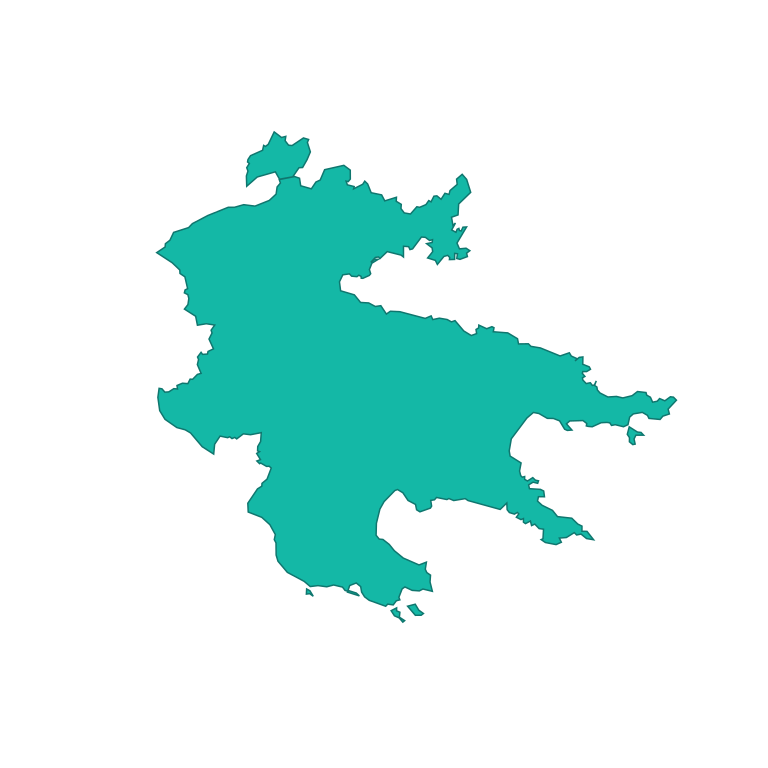 Peloponnisoy, Peloponnisos, Greece (Equal Earth projection), rotated 306°
{"feature_id": "26713481B43531359458460", "entity_name": "Peloponnisoy", "entity_type": "district", "adm_level": 2, "iso_a3": "GRC", "parent_name": "Greece", "parent_adm1": "Peloponnisos", "projection": "equal_earth", "projection_center": [22.613, 37.264], "detail": "fine", "context": "isolated", "style": "filled", "palette": "teal", "viewbox_px": 768, "rotation_deg": 306, "n_neighbors": 0, "source": "geoboundaries", "source_scale": "gbopen_adm2", "svg_char_len": 6177}
<svg xmlns="http://www.w3.org/2000/svg" viewBox="0 0 768 768"><g transform="rotate(306 384 384)"><path d="M200.6,349.4L204.3,363.5L203.1,374.4L198.3,384.6L193.6,386.7L192.0,390.0L182.2,397.3L178.3,402.4L174.8,416.5L177.4,435.4L176.8,443.4L182.1,449.1L186.3,456.9L191.8,461.4L195.3,469.8L194.1,473.8L195.0,476.5L200.8,474.7L206.7,478.5L206.4,484.2L202.5,488.2L200.4,493.4L200.3,499.2L205.2,516.0L208.1,516.4L210.7,521.3L215.9,521.4L218.7,523.7L220.2,521.4L228.9,519.1L232.1,520.2L233.6,528.1L237.4,534.2L241.0,536.0L244.7,545.0L250.9,537.6L256.7,534.0L256.6,529.5L258.4,526.3L264.8,523.0L258.2,518.7L254.5,501.9L255.2,490.3L257.3,482.5L257.6,474.5L255.7,471.3L257.0,466.5L266.9,459.7L280.4,454.2L288.9,453.2L304.2,455.4L306.6,457.0L307.1,463.2L303.9,471.9L305.1,480.3L301.4,484.3L301.7,488.2L310.9,494.5L313.2,494.3L317.3,490.2L320.0,492.9L323.1,493.2L327.5,502.8L329.5,503.8L330.7,508.9L339.0,517.1L339.1,520.5L350.8,551.7L359.9,553.3L354.7,557.5L353.7,561.0L355.4,566.0L358.5,567.4L358.1,569.4L354.0,569.4L354.8,574.5L357.1,575.9L354.2,578.0L354.2,580.5L359.2,583.0L356.2,586.6L359.3,588.4L358.2,594.5L360.3,598.4L352.2,603.6L350.5,602.6L350.6,607.7L355.2,617.6L360.2,620.5L362.4,616.4L367.0,621.8L375.6,625.3L375.1,628.6L378.4,631.6L378.0,638.7L381.2,645.1L384.1,634.8L381.2,630.7L385.4,627.7L384.6,623.1L385.8,614.8L378.7,602.3L380.8,594.6L378.8,583.2L379.5,577.0L383.6,575.2L387.1,580.1L391.3,576.1L390.7,572.5L384.8,563.2L387.4,560.3L392.2,562.3L394.0,566.7L396.5,565.9L395.2,563.0L395.7,559.4L389.9,557.1L389.5,553.8L391.8,552.2L389.9,550.7L390.2,548.5L393.3,544.8L400.7,541.3L399.8,528.4L403.5,524.6L414.5,519.2L440.5,519.6L448.8,521.6L451.2,526.7L452.2,536.3L455.7,541.3L457.4,547.7L453.6,556.7L454.2,559.6L457.2,563.1L459.0,555.0L463.3,556.0L471.4,566.5L471.2,571.3L469.0,572.3L469.7,574.1L471.8,577.6L480.3,582.4L484.0,587.0L485.3,589.5L484.2,592.4L487.0,595.0L490.2,602.9L494.5,605.3L501.6,602.2L506.4,603.3L512.9,609.7L513.5,615.6L511.9,618.6L517.6,628.2L521.9,628.5L527.5,632.5L530.7,628.6L542.8,630.1L543.5,625.9L542.0,623.2L535.5,621.1L534.2,615.5L530.7,615.2L527.2,612.0L529.9,607.3L529.4,603.1L531.1,601.0L526.9,593.5L520.4,591.6L513.1,585.4L510.6,579.4L505.1,572.8L503.7,564.0L504.6,560.1L506.7,558.0L506.6,555.2L511.3,553.9L506.9,554.8L505.3,553.4L506.3,550.2L503.2,547.3L504.1,542.5L505.7,540.9L508.2,542.1L509.2,538.2L510.9,537.5L513.1,540.6L517.3,542.4L518.5,540.0L516.8,533.2L522.8,529.0L520.3,526.3L514.9,525.0L518.0,525.5L516.7,519.1L518.2,515.6L510.2,510.0L505.1,489.3L500.8,480.7L501.4,477.2L495.5,469.3L499.1,465.4L498.1,454.1L490.5,441.7L494.2,439.9L493.8,437.6L489.1,434.6L487.4,426.1L485.0,427.6L482.2,426.4L479.2,429.3L474.5,426.1L473.8,417.4L477.0,404.2L473.9,402.0L473.3,397.2L469.8,390.1L464.8,385.6L466.8,382.1L461.3,378.8L451.8,354.3L446.6,346.4L442.0,344.8L445.5,335.4L441.6,331.4L440.6,324.0L436.2,317.1L438.7,307.6L433.9,294.1L440.5,287.9L448.1,286.5L452.8,291.3L452.2,294.4L454.9,299.0L457.2,299.7L457.6,302.2L456.2,303.4L457.1,304.8L463.2,308.3L465.4,308.4L468.0,304.9L474.6,303.2L481.4,306.0L479.2,303.0L474.6,301.8L481.3,302.6L483.6,304.9L483.2,307.0L493.0,308.8L498.3,322.0L498.2,325.1L506.9,318.8L509.6,323.2L508.0,326.0L510.1,327.7L524.9,327.9L527.0,331.3L526.9,336.5L529.3,338.4L526.8,339.8L522.6,336.0L522.4,342.9L519.7,345.6L511.6,345.2L514.2,352.9L512.1,356.9L522.4,357.5L525.5,359.9L525.0,362.8L523.1,363.8L526.3,367.9L531.2,364.4L532.6,366.9L528.3,369.1L529.5,372.2L536.1,376.6L538.4,373.9L542.3,375.1L542.1,370.6L537.7,365.6L540.9,360.2L559.6,358.5L557.3,355.7L553.2,356.5L552.5,354.8L553.9,353.1L552.2,352.2L549.0,353.0L548.4,348.2L556.2,347.2L552.9,346.5L558.6,340.6L564.3,344.5L573.5,338.6L590.0,341.5L598.1,330.6L599.6,324.0L592.4,322.3L588.5,325.9L579.3,323.7L575.6,325.2L574.1,321.2L567.0,321.6L567.3,316.2L565.3,314.0L559.0,315.0L558.7,312.4L553.8,312.5L547.9,309.0L546.7,306.4L537.1,305.5L534.3,299.8L535.9,294.6L539.5,292.4L539.0,286.5L542.4,284.3L532.6,277.0L535.6,270.9L531.2,261.2L536.2,253.2L536.8,249.2L533.1,249.4L524.0,244.7L526.2,243.8L523.6,237.3L525.8,234.1L526.7,236.1L530.0,236.3L537.2,231.0L537.3,223.0L522.5,210.0L511.5,212.5L507.4,210.2L499.2,210.5L495.4,200.1L500.8,194.7L499.3,189.8L487.8,179.1L485.7,182.1L480.6,181.7L474.2,185.1L465.1,183.3L452.1,175.1L446.6,165.1L439.0,159.1L435.4,154.1L416.7,142.4L401.1,134.7L395.7,134.0L383.0,124.7L374.5,126.3L369.0,124.7L366.2,126.4L356.7,122.9L357.6,141.4L356.2,151.8L353.5,154.0L353.7,159.9L345.7,169.1L343.2,167.8L340.4,168.9L341.0,172.8L338.5,175.8L333.0,178.7L327.3,178.5L328.1,191.8L321.9,198.5L328.3,204.8L332.2,212.4L325.9,212.5L324.2,214.9L317.5,216.0L312.2,225.4L306.9,222.5L304.5,223.6L301.3,219.8L302.1,217.4L296.2,217.3L294.8,219.6L290.0,221.6L285.1,229.8L282.1,227.4L275.3,226.4L274.0,224.3L269.0,225.1L266.2,220.5L261.1,217.4L258.6,219.9L256.7,216.7L251.1,214.5L248.6,211.5L249.6,207.2L248.3,204.6L240.3,208.9L230.6,218.2L226.7,227.6L227.0,242.0L230.1,250.1L230.7,256.3L226.4,273.8L227.2,287.4L235.7,282.4L245.5,282.0L248.7,289.1L250.6,290.1L250.5,293.1L253.1,294.7L253.0,297.1L261.0,299.5L264.5,305.8L272.5,313.3L264.9,318.0L259.2,318.6L255.6,321.0L256.1,323.1L253.0,321.8L250.2,328.5L247.0,326.4L246.4,330.2L247.6,330.7L248.3,337.4L250.0,339.5L249.7,342.2L238.3,345.3L231.9,343.7L229.5,345.2L224.8,343.3L207.5,343.9L200.6,349.4ZM523.4,147.0L509.8,149.5L506.5,148.4L506.3,146.4L501.7,148.4L490.3,141.8L485.7,142.0L483.4,143.1L483.3,145.4L478.3,145.8L476.3,148.8L471.4,150.4L463.3,156.7L477.0,159.8L491.8,171.4L488.3,179.1L498.0,188.4L509.0,188.1L511.3,190.9L520.2,189.9L528.5,188.0L534.4,180.0L537.5,179.3L535.7,174.2L522.9,169.5L521.1,166.4L522.7,161.0L526.6,159.0L523.2,156.2L523.4,147.0ZM494.1,617.3L493.5,607.6L486.3,610.4L484.9,614.1L481.5,616.5L481.2,620.9L483.0,622.5L486.5,618.6L490.7,617.9L495.2,624.1L495.9,620.4L494.1,617.3ZM221.5,550.8L221.5,545.0L224.2,538.7L218.1,533.7L215.3,545.3L218.8,550.0L221.5,550.8ZM210.3,525.8L204.8,523.0L202.6,528.7L203.7,533.8L202.4,539.2L204.7,539.8L204.4,533.5L208.7,531.0L207.9,527.5L210.3,525.8ZM173.2,445.6L172.7,441.9L168.4,444.7L170.7,447.1L170.7,451.5L173.2,445.6ZM198.1,488.6L198.6,484.5L196.1,476.9L194.2,476.9L198.1,488.6Z" fill="#14b8a6" stroke="#0f766e" stroke-width="1.5"/></g></svg>